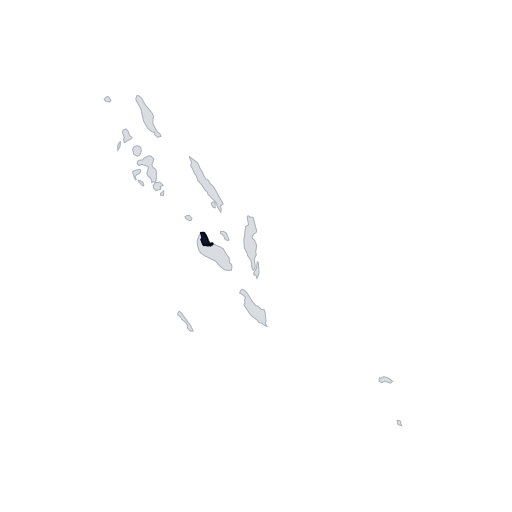 location of North West Guadalcanl, Guadalcanal, Solomon Islands, rotated 25°
{"feature_id": "97153195B50711658929087", "entity_name": "North West Guadalcanl", "entity_type": "district", "adm_level": 2, "iso_a3": "SLB", "parent_name": "Solomon Islands", "parent_adm1": "Guadalcanal", "projection": "albers", "projection_center": [159.864, -9.408], "detail": "fine", "context": "in_parent", "style": "filled", "palette": "ink", "viewbox_px": 512, "rotation_deg": 25, "n_neighbors": 0, "source": "geoboundaries", "source_scale": "gbopen_adm2", "svg_char_len": 6023}
<svg xmlns="http://www.w3.org/2000/svg" viewBox="0 0 512 512"><g transform="rotate(25 256 256)"><path d="M201.0,257.6L209.0,263.5L212.4,263.0L222.9,263.1L229.1,267.3L232.7,269.3L234.8,273.1L237.3,273.9L238.8,275.9L239.7,279.4L235.9,281.2L233.6,281.8L227.5,280.5L221.7,277.8L210.1,277.5L204.7,276.7L202.9,275.7L201.2,274.3L198.4,271.0L196.3,267.2L196.0,264.9L195.8,260.6L196.4,259.0L198.6,257.5L201.0,257.6ZM237.3,222.4L246.3,233.4L246.0,235.3L244.8,236.6L244.4,240.2L245.5,241.7L248.0,242.3L252.2,246.2L254.0,252.5L255.7,254.7L255.7,259.3L259.7,265.7L260.0,268.8L259.6,270.2L258.0,269.4L253.3,262.1L247.9,259.0L247.2,257.6L241.8,253.4L238.1,246.3L234.2,233.6L236.0,230.7L231.5,224.5L231.8,222.9L235.0,223.2L235.6,222.5L237.3,222.4ZM204.5,227.8L205.7,231.3L200.8,228.2L197.1,224.4L186.5,220.4L184.2,218.3L182.3,218.0L176.9,214.6L171.6,212.3L167.5,208.1L165.5,207.4L162.1,204.2L158.9,202.0L157.7,198.0L154.5,195.3L153.8,194.1L163.9,196.3L168.6,200.6L172.6,203.1L174.0,204.8L177.6,207.3L180.8,207.5L184.1,209.9L187.0,210.6L189.3,211.8L204.3,222.8L202.5,225.7L204.5,227.8ZM272.1,298.8L276.7,301.0L279.3,300.6L283.2,302.2L286.2,301.3L288.1,303.3L292.7,310.8L292.8,313.2L295.8,315.0L293.2,315.3L289.6,314.4L286.8,315.0L283.9,313.5L278.9,312.7L274.6,310.9L265.7,305.4L265.7,302.6L264.3,301.2L263.9,297.8L260.6,296.7L256.9,296.5L256.6,294.9L257.3,292.0L260.1,292.0L263.5,293.3L272.1,298.8ZM118.3,186.4L119.4,187.7L116.6,190.0L112.9,188.8L112.0,186.9L109.4,187.3L104.2,186.3L97.0,181.1L89.3,171.2L81.9,165.8L80.5,164.1L80.3,161.3L81.2,160.2L85.8,161.4L91.7,165.8L101.5,170.4L104.1,172.8L105.9,178.6L107.5,180.3L112.8,184.6L118.3,186.4ZM128.6,219.9L130.9,222.9L133.6,229.6L133.1,231.9L131.2,232.1L130.7,233.5L128.1,230.3L124.7,229.4L122.2,227.4L121.1,221.0L119.1,220.6L113.6,221.2L111.8,223.4L109.3,222.7L108.7,220.8L109.1,218.9L112.5,217.0L113.1,214.6L116.5,210.5L118.6,209.8L122.5,211.3L123.1,217.1L124.5,219.0L128.6,219.9ZM230.8,350.5L228.3,351.8L226.0,351.1L224.2,350.2L222.8,347.4L219.7,345.6L215.4,344.8L213.1,343.0L210.1,342.5L209.3,340.9L209.5,339.4L210.0,338.5L212.8,339.3L226.2,346.8L230.8,350.5ZM89.3,208.5L88.6,209.0L87.4,207.0L86.5,206.4L86.5,204.2L82.8,200.6L82.4,198.1L84.5,195.7L87.4,197.1L90.3,200.1L93.7,201.1L93.0,203.1L90.0,206.8L89.3,208.5ZM107.7,214.2L106.2,215.7L102.2,215.5L99.2,211.7L99.2,208.9L101.5,206.3L104.4,205.9L106.0,206.8L107.5,209.0L108.0,211.7L107.7,214.2ZM141.2,236.1L137.6,239.0L135.0,238.1L132.9,235.6L134.0,231.8L136.1,231.0L137.2,229.7L141.1,230.7L142.1,231.4L139.8,233.3L141.0,234.7L141.2,236.1ZM431.8,314.3L425.8,315.0L423.4,317.6L420.4,317.3L419.4,315.1L419.4,314.0L421.0,314.2L421.9,312.1L423.7,311.1L427.9,310.7L432.9,311.9L431.7,313.8L431.8,314.3ZM266.2,270.7L266.4,276.0L263.6,273.1L262.4,274.2L261.2,272.8L261.5,266.6L259.6,260.7L261.1,261.2L266.2,270.7ZM115.1,237.3L115.1,237.9L113.1,236.9L108.6,231.9L109.4,230.3L113.4,227.0L114.6,226.6L115.8,228.6L114.8,231.5L113.5,232.3L113.0,235.0L115.1,237.3ZM216.2,247.4L219.3,247.8L224.8,252.7L223.5,254.3L220.9,253.5L220.1,253.8L219.2,252.1L216.4,250.7L213.9,250.5L213.5,248.8L216.2,247.4ZM180.6,252.1L176.3,251.6L175.0,250.4L176.5,248.5L178.4,247.3L180.1,248.4L182.0,248.7L182.2,251.0L180.6,252.1ZM58.0,178.4L54.4,179.3L52.1,178.2L53.1,175.4L54.3,173.9L58.9,176.4L58.0,178.4ZM198.7,229.5L196.9,230.0L194.4,228.6L193.2,227.4L193.8,225.5L195.3,224.7L197.0,226.0L197.2,227.3L198.7,229.5ZM459.9,348.2L456.7,348.7L455.5,348.5L453.4,345.3L455.0,344.6L457.3,345.0L458.0,346.8L459.9,348.2ZM124.4,239.0L124.3,240.2L122.2,239.9L117.6,237.9L117.4,237.0L120.1,236.7L122.0,236.9L124.4,239.0ZM86.6,214.9L85.9,218.6L83.9,214.0L84.3,210.3L85.0,209.8L86.6,214.9ZM146.5,240.2L143.8,241.3L143.0,239.8L144.9,235.9L146.5,240.2Z" fill="#d9dde1" stroke="#a8b0b8" stroke-width="1"/><path d="M209.2,264.4L208.5,264.4L208.4,264.3L208.4,264.2L208.5,264.2L208.5,263.9L207.9,263.8L207.6,263.8L207.3,263.8L207.1,263.6L207.1,263.2L206.9,263.2L206.7,263.2L206.4,263.0L206.3,262.7L206.1,262.5L206.0,262.3L205.9,262.3L205.8,262.2L205.7,262.2L205.5,261.8L205.5,261.7L205.4,261.6L205.3,261.4L205.2,261.2L204.9,261.1L204.8,260.9L204.7,260.9L204.6,260.7L204.4,260.6L204.2,260.4L204.1,260.2L204.1,260.3L204.0,260.2L203.9,260.1L203.7,260.0L203.6,259.9L203.3,259.8L203.3,259.7L203.2,259.6L203.1,259.4L202.9,259.4L202.9,259.2L202.7,259.1L202.5,258.9L202.4,258.8L202.4,258.7L202.2,258.5L202.0,258.4L201.9,258.4L201.7,258.2L201.4,258.0L201.3,257.9L201.2,257.9L200.9,257.9L200.7,257.8L200.5,257.7L200.4,257.6L200.2,257.4L200.1,257.2L199.9,257.0L199.8,256.9L199.6,256.9L199.4,256.8L199.2,256.8L198.8,256.8L198.7,256.8L198.4,256.9L198.3,257.0L198.2,257.1L198.1,257.3L197.9,257.4L197.7,257.3L197.5,257.5L197.4,257.6L197.2,257.6L197.1,257.8L196.9,257.9L196.8,258.0L196.7,258.1L196.4,258.1L196.1,258.1L196.0,258.3L197.9,260.4L198.2,260.9L199.6,262.5L199.1,264.2L203.0,268.1L203.3,268.0L203.4,267.7L203.5,267.7L203.9,267.6L204.0,267.7L204.0,267.8L204.1,268.0L204.1,268.3L204.3,268.4L204.4,268.2L204.5,268.2L204.8,268.1L204.9,267.8L204.8,267.7L205.0,267.4L205.1,267.5L205.2,267.4L205.1,267.2L205.3,267.3L205.4,267.6L205.5,267.6L205.8,267.6L206.0,267.5L206.3,267.5L206.5,267.5L206.6,267.4L206.8,267.2L206.7,267.1L206.8,267.0L207.0,267.0L207.1,266.9L207.2,266.7L207.3,266.6L207.4,266.4L207.5,266.3L207.8,266.5L207.9,266.9L208.1,266.7L208.3,266.7L208.4,266.8L208.5,266.8L208.7,266.7L208.7,266.4L208.8,266.4L208.8,266.2L208.9,265.9L209.0,265.9L209.4,265.8L209.5,265.8L209.6,266.0L209.8,266.0L209.9,265.8L210.0,265.9L210.1,266.0L210.3,265.9L210.3,265.7L210.5,265.8L210.5,265.7L210.4,265.5L210.3,265.4L210.5,265.3L210.6,265.2L210.4,265.2L210.5,264.9L210.7,265.0L210.8,265.1L210.9,264.9L210.9,264.7L211.0,264.8L211.3,264.8L211.4,264.7L211.5,264.4L211.6,264.2L211.6,263.9L211.4,263.8L211.4,263.7L211.5,263.6L211.4,263.6L211.2,263.5L211.2,263.4L211.1,263.2L211.3,263.0L211.3,262.9L211.1,262.9L210.9,262.8L210.9,262.7L210.7,262.7L210.6,262.8L210.7,263.0L210.8,263.1L210.8,263.3L210.7,263.5L210.4,263.5L210.2,263.5L210.2,264.0L209.2,264.4Z" fill="#0f172a" stroke="#020617" stroke-width="1.5"/></g></svg>